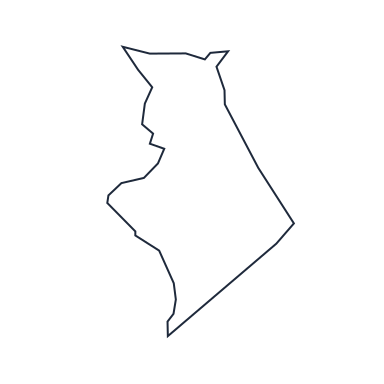 outline of Sequatchie, Tennessee, United States of America, rotated 16°
{"feature_id": "52423323B29805691728262", "entity_name": "Sequatchie", "entity_type": "district", "adm_level": 2, "iso_a3": "USA", "parent_name": "United States of America", "parent_adm1": "Tennessee", "projection": "natural_earth1", "projection_center": [-85.465, 35.357], "detail": "fine", "context": "isolated", "style": "outline", "palette": "slate", "viewbox_px": 384, "rotation_deg": 16, "n_neighbors": 0, "source": "geoboundaries", "source_scale": "gbopen_adm2", "svg_char_len": 550}
<svg xmlns="http://www.w3.org/2000/svg" viewBox="0 0 384 384"><g transform="rotate(16 192 192)"><path d="M112.6,218.3L113.6,225.9L148.4,245.5L149.5,249.4L176.6,257.4L199.6,284.7L206.1,299.8L207.8,314.2L204.2,323.3L208.5,337.2L287.3,218.4L298.6,194.1L249.1,150.6L199.4,98.7L195.2,85.2L181.0,64.8L187.9,46.8L171.3,53.2L167.8,61.0L147.8,60.5L113.3,70.6L85.4,71.5L106.5,89.4L124.9,102.3L122.3,120.0L125.4,140.7L138.5,146.6L138.2,157.2L153.4,158.1L151.4,173.9L141.9,191.7L121.7,202.9L112.6,218.3Z" fill="none" stroke="#1e293b" stroke-width="2"/></g></svg>